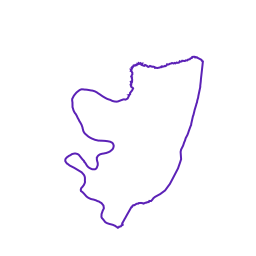 Tumana, Upper River, Gambia (Mercator projection), rotated 297°
{"feature_id": "56634734B54781332377439", "entity_name": "Tumana", "entity_type": "district", "adm_level": 2, "iso_a3": "GMB", "parent_name": "Gambia", "parent_adm1": "Upper River", "projection": "mercator", "projection_center": [-14.08, 13.369], "detail": "fine", "context": "isolated", "style": "outline", "palette": "violet", "viewbox_px": 256, "rotation_deg": 297, "n_neighbors": 0, "source": "geoboundaries", "source_scale": "gbopen_adm2", "svg_char_len": 5513}
<svg xmlns="http://www.w3.org/2000/svg" viewBox="0 0 256 256"><g transform="rotate(297 128 128)"><path d="M97.1,190.7L103.0,190.8L103.3,190.8L114.8,190.9L116.1,190.7L120.5,190.1L124.3,189.5L130.3,185.9L130.7,185.7L132.9,185.1L135.9,185.1L136.1,185.1L137.1,185.1L138.0,185.0L139.9,184.7L140.4,184.6L141.9,184.5L142.5,184.5L145.2,184.0L148.6,184.1L150.7,183.9L152.5,183.6L158.1,182.9L158.5,182.9L159.4,182.9L160.2,182.5L168.0,180.5L169.3,180.4L173.5,179.4L174.2,179.2L179.3,178.3L181.0,177.9L181.9,177.9L184.1,177.2L186.9,176.7L188.3,176.2L194.2,174.6L197.6,173.7L197.9,173.4L202.5,171.7L204.9,170.7L217.4,166.0L221.3,164.5L221.3,164.3L221.4,164.1L221.4,163.3L222.1,162.5L222.1,160.8L222.1,159.5L222.1,157.7L222.3,157.2L221.7,156.6L221.4,155.8L221.8,155.6L221.6,154.7L221.1,153.9L220.9,153.7L220.7,153.3L220.5,153.0L219.7,153.2L219.3,153.0L218.3,152.0L217.4,151.9L216.0,150.3L215.2,150.2L214.4,148.7L213.5,148.3L212.5,145.7L211.7,145.6L210.7,144.4L210.8,143.8L209.4,143.7L208.6,142.7L208.4,141.6L207.1,140.9L207.1,139.9L206.2,139.4L205.9,137.7L205.1,137.2L204.0,135.9L203.2,135.5L202.8,135.0L202.5,134.2L202.5,133.9L201.2,133.9L200.5,133.5L200.0,133.1L200.0,132.6L199.2,132.1L198.9,131.7L198.7,131.3L198.5,131.2L198.4,131.1L198.4,130.7L198.4,130.2L198.0,129.9L197.6,130.2L197.4,130.2L197.2,129.9L196.8,129.2L196.3,128.8L194.7,126.8L194.4,125.5L193.8,124.8L194.4,124.0L194.2,123.2L194.1,122.5L193.6,121.9L193.6,121.1L193.3,120.8L193.3,119.4L192.5,118.9L191.9,118.7L191.6,118.1L191.7,117.2L192.0,116.6L192.0,114.9L191.9,114.5L191.1,114.5L190.9,114.5L190.7,114.2L190.4,111.6L191.9,111.5L191.5,110.8L191.2,110.3L190.8,110.1L190.7,109.9L191.2,109.5L190.5,109.0L190.7,108.4L190.7,108.1L190.0,108.3L189.7,108.2L189.4,108.0L189.4,107.7L189.4,107.1L187.9,107.2L187.7,106.8L187.5,106.6L187.5,106.0L186.9,106.0L186.6,105.0L186.1,105.0L186.0,104.6L185.0,104.7L184.6,104.1L183.6,103.9L183.6,104.5L182.8,104.5L181.8,104.6L181.4,103.9L180.7,104.8L180.1,104.7L180.1,105.6L179.3,106.4L179.2,106.8L177.6,107.6L176.7,107.4L176.1,107.5L175.3,107.5L175.1,108.5L174.4,108.5L173.8,109.2L172.9,109.8L171.3,110.5L171.3,110.0L170.9,109.9L170.5,109.5L169.2,110.8L168.5,110.6L168.0,110.6L167.8,111.4L167.0,111.3L166.1,112.3L166.0,113.1L166.0,113.9L165.6,114.6L163.1,114.6L161.7,114.2L161.1,114.2L160.4,113.9L159.6,114.2L159.3,114.5L158.3,114.3L158.2,114.2L157.9,113.9L157.9,114.2L157.4,114.2L156.9,114.2L156.4,114.3L155.5,114.2L154.2,114.3L152.9,113.5L152.1,112.8L151.9,111.9L151.3,110.8L150.6,110.2L149.7,109.3L147.2,107.1L146.9,106.7L146.3,105.9L145.5,103.9L145.0,101.8L145.0,99.4L144.8,98.4L144.5,96.4L144.5,94.4L144.7,91.1L144.9,89.5L145.1,88.2L145.4,85.2L145.6,84.0L145.6,83.6L145.6,81.7L145.2,79.4L144.5,77.5L144.3,76.7L143.4,73.8L142.5,71.8L142.0,70.3L141.3,68.9L139.9,67.7L137.4,66.5L137.2,66.4L135.9,65.9L133.2,65.3L131.9,65.1L130.9,65.1L130.1,65.1L128.5,65.1L127.1,65.8L125.7,66.8L125.1,67.2L124.6,67.4L122.2,68.7L121.5,69.0L120.0,70.5L119.1,71.3L118.2,72.4L117.1,74.1L116.9,74.8L115.6,76.8L114.1,78.7L113.2,80.1L111.9,81.8L111.5,82.6L109.8,85.1L108.2,86.8L107.6,87.4L107.1,87.7L106.4,88.4L105.1,89.5L104.6,90.1L103.7,91.6L103.3,92.8L102.9,94.4L102.4,96.3L102.5,96.1L102.3,97.0L102.3,97.9L102.2,98.6L102.2,99.5L102.2,99.8L102.2,100.2L102.2,100.7L102.3,101.7L102.4,102.8L102.4,103.1L102.5,104.0L103.1,106.4L103.3,107.3L104.0,108.7L104.4,109.7L104.5,109.8L106.1,113.4L106.4,114.3L106.9,115.6L107.7,118.4L107.7,120.5L107.6,121.0L106.8,122.3L105.6,123.4L103.7,123.9L102.1,123.9L100.3,123.2L98.8,122.5L97.5,121.5L97.0,121.0L95.8,119.9L94.9,118.7L94.2,117.9L93.8,117.3L93.2,116.5L92.1,115.3L91.6,114.9L90.2,114.1L89.2,113.8L87.9,113.7L87.9,113.8L86.8,114.0L85.7,114.6L84.7,115.4L83.1,116.9L81.2,117.9L78.6,118.2L77.6,118.1L76.5,117.6L75.8,116.6L75.5,115.9L75.0,114.8L74.9,113.5L74.9,111.8L75.1,110.4L75.8,108.5L76.7,107.1L77.3,106.1L77.8,105.2L78.0,104.3L78.6,103.9L79.4,101.6L81.8,96.3L81.9,94.9L81.7,93.9L81.3,92.4L80.7,91.6L80.0,90.7L79.0,89.7L78.5,89.5L78.3,89.4L77.6,89.0L76.8,88.4L76.2,87.9L75.4,87.6L74.9,87.2L73.5,86.7L72.7,86.5L71.9,86.4L71.2,86.6L70.1,87.1L69.3,88.3L68.6,89.8L68.6,90.6L68.1,93.0L68.1,96.3L68.1,98.1L67.5,106.8L66.8,108.6L66.2,110.0L65.3,111.2L64.4,112.0L63.0,112.8L61.3,113.6L60.4,114.2L59.5,114.4L58.2,114.5L56.8,114.5L56.5,114.4L54.7,114.1L53.6,113.7L52.7,113.7L51.4,114.0L50.5,114.7L50.2,116.6L49.9,117.5L49.5,118.7L48.1,122.2L48.1,122.6L47.9,123.3L47.8,124.7L47.9,127.2L48.2,128.4L48.6,129.8L49.0,132.3L49.0,134.0L49.3,135.3L49.1,137.0L49.1,138.4L49.0,138.5L48.7,139.3L48.1,140.6L47.8,141.3L45.6,142.9L44.9,143.0L43.3,143.0L43.0,143.0L39.3,143.5L36.7,144.7L36.0,145.5L35.3,147.3L33.8,150.5L33.8,150.8L33.7,151.9L33.7,152.5L33.8,153.2L34.1,155.2L34.4,156.4L34.7,157.8L34.8,158.2L34.9,159.1L34.9,160.2L35.0,160.4L35.0,161.0L34.8,161.6L34.8,162.2L34.8,163.0L34.6,163.6L34.5,163.8L34.5,164.3L35.6,164.9L36.1,164.9L36.2,165.1L36.4,165.4L36.8,165.9L37.1,166.3L37.8,166.4L38.5,166.4L38.7,166.8L38.8,167.0L39.2,167.3L39.3,167.3L40.0,166.7L40.4,166.1L41.6,166.2L44.0,166.3L45.1,166.3L46.2,166.4L49.6,166.5L58.9,166.9L59.2,167.3L59.7,167.3L60.3,167.3L60.4,167.5L61.2,167.5L62.1,168.4L62.1,168.7L62.9,169.2L63.0,169.3L64.2,169.9L64.8,170.6L65.3,171.5L65.9,171.6L67.2,173.7L67.5,174.9L67.7,175.2L67.8,175.4L67.6,176.0L68.4,176.8L68.8,177.0L69.4,177.6L70.0,178.2L70.0,178.5L70.7,178.9L71.4,180.1L72.7,180.1L73.4,181.7L75.1,182.2L77.0,182.5L78.8,183.3L79.7,183.9L82.2,185.6L83.2,186.3L83.3,186.4L83.6,186.6L89.2,189.4L94.2,190.2L94.9,190.3L97.0,190.7L97.1,190.7Z" fill="none" stroke="#5b21b6" stroke-width="2"/></g></svg>